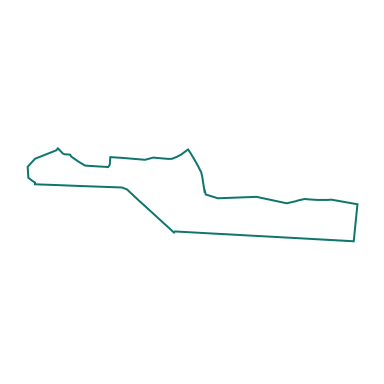 New Cairo-3, Al Qahirah, Egypt (Albers equal-area conic projection), rotated 5°
{"feature_id": "37247803B49811870233448", "entity_name": "New Cairo-3", "entity_type": "district", "adm_level": 2, "iso_a3": "EGY", "parent_name": "Egypt", "parent_adm1": "Al Qahirah", "projection": "albers", "projection_center": [31.48, 29.977], "detail": "fine", "context": "isolated", "style": "outline", "palette": "teal", "viewbox_px": 384, "rotation_deg": 5, "n_neighbors": 0, "source": "geoboundaries", "source_scale": "gbopen_adm2", "svg_char_len": 1012}
<svg xmlns="http://www.w3.org/2000/svg" viewBox="0 0 384 384"><g transform="rotate(5 192 192)"><path d="M34.9,198.0L36.3,197.9L39.3,197.8L56.1,196.9L79.6,195.8L83.2,195.6L108.5,194.3L116.2,193.9L121.5,193.6L126.9,195.0L141.4,206.4L141.5,206.4L144.0,208.3L159.3,220.0L177.6,234.0L178.4,232.8L357.4,227.0L357.9,189.8L331.7,187.5L326.8,188.2L317.1,189.0L311.5,189.1L304.6,189.2L297.7,191.4L296.3,192.1L287.3,195.0L256.6,191.2L218.4,196.0L205.9,193.3L204.6,189.5L204.3,189.9L200.9,176.0L199.5,171.7L195.5,165.2L194.3,163.5L191.0,158.6L188.2,154.8L185.6,151.4L184.4,150.0L182.4,151.7L177.8,155.8L173.6,158.4L169.1,160.7L165.0,161.1L150.4,161.1L142.4,164.0L118.5,164.1L107.6,164.4L107.6,165.8L107.7,172.0L106.4,174.4L96.6,174.7L83.2,175.0L78.2,172.6L76.4,171.7L68.7,167.3L67.3,165.4L61.8,165.5L59.9,164.9L58.3,163.4L54.6,160.2L53.2,162.3L32.8,172.5L26.1,181.2L27.7,192.1L28.0,192.3L28.4,192.5L29.3,193.1L30.5,193.8L31.3,194.4L32.3,195.0L34.8,196.3L34.9,198.0Z" fill="none" stroke="#0f766e" stroke-width="2"/></g></svg>